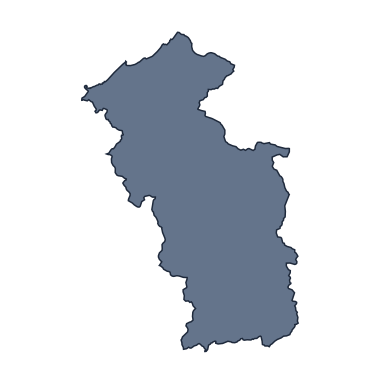 Huaral, Lima, Peru, rotated 96°
{"feature_id": "86281439B90412746256760", "entity_name": "Huaral", "entity_type": "district", "adm_level": 2, "iso_a3": "PER", "parent_name": "Peru", "parent_adm1": "Lima", "projection": "orthographic", "projection_center": [-76.946, -11.358], "detail": "fine", "context": "isolated", "style": "filled", "palette": "slate", "viewbox_px": 384, "rotation_deg": 96, "n_neighbors": 0, "source": "geoboundaries", "source_scale": "gbopen_adm2", "svg_char_len": 5963}
<svg xmlns="http://www.w3.org/2000/svg" viewBox="0 0 384 384"><g transform="rotate(96 192 192)"><path d="M349.3,184.0L348.4,181.0L346.7,179.1L347.4,177.6L347.2,176.4L344.8,173.7L343.9,171.5L342.3,169.8L342.0,169.0L342.7,167.6L344.1,166.0L344.6,164.4L346.6,163.0L347.1,161.9L348.0,161.8L348.8,162.7L349.3,162.5L349.0,161.3L347.1,160.0L342.5,159.5L341.4,157.9L340.2,157.3L339.8,156.1L338.9,155.4L337.9,153.5L338.1,152.7L339.9,152.6L340.4,150.2L339.4,145.7L336.7,140.7L337.0,137.4L337.5,136.4L337.4,133.7L336.4,131.5L335.1,130.5L334.5,129.1L332.9,128.2L332.4,126.6L333.7,125.6L333.9,124.5L333.2,121.7L333.0,117.9L331.9,116.6L332.1,115.6L331.2,114.6L330.8,112.2L328.8,110.3L328.2,108.9L328.5,108.2L332.9,106.7L336.3,106.0L336.8,104.0L337.5,103.4L337.2,100.4L337.8,99.0L335.6,97.9L334.7,96.6L331.7,94.1L329.8,91.8L327.7,88.0L325.8,85.9L325.2,82.9L323.6,79.8L321.7,79.3L320.0,78.2L318.7,78.0L315.6,75.9L314.2,75.5L313.1,75.9L312.6,74.3L311.3,72.7L309.4,73.7L305.6,73.6L302.2,75.2L300.6,74.7L299.1,76.3L295.9,77.0L294.5,78.0L292.1,76.4L290.8,76.4L290.1,77.6L290.0,80.5L289.4,81.2L281.5,79.5L278.8,82.3L277.9,85.9L276.5,86.7L274.6,86.0L272.9,84.2L272.3,84.1L271.9,85.1L269.3,85.8L268.6,85.7L268.0,85.1L267.0,85.2L266.4,85.5L265.1,87.1L262.2,85.9L259.9,86.0L259.1,88.0L256.3,90.1L255.5,90.5L252.9,90.7L252.4,87.2L253.3,82.1L252.6,80.9L251.9,80.4L250.3,80.4L248.4,81.8L246.8,81.3L244.8,80.0L242.0,82.0L241.1,83.5L238.7,83.8L238.0,86.3L236.9,87.7L236.2,91.8L235.0,94.4L233.4,94.8L233.3,95.9L232.6,96.6L228.6,98.1L227.9,98.9L227.7,102.1L224.0,103.9L220.8,103.9L219.0,100.7L217.1,100.7L215.9,99.4L214.2,99.0L212.5,99.3L210.3,98.0L208.9,98.2L207.1,96.8L201.5,97.1L196.1,98.3L184.2,95.0L183.7,95.8L182.3,96.4L181.2,98.1L178.0,100.1L173.9,101.5L172.0,102.7L169.8,103.0L168.6,103.8L167.4,104.9L166.7,106.4L161.5,110.0L160.7,112.8L158.5,114.6L157.7,114.8L154.2,113.8L152.0,115.5L148.9,115.9L146.2,111.3L145.4,108.6L147.5,105.0L147.0,101.1L141.9,99.4L138.7,99.7L138.5,100.1L139.0,103.7L137.8,112.2L136.5,114.2L136.1,119.0L134.8,120.1L136.4,125.5L135.9,127.7L135.4,128.4L135.5,130.5L135.8,131.9L136.1,132.2L139.6,133.7L142.9,133.9L144.3,135.5L142.8,139.9L143.2,141.1L145.0,143.2L144.1,145.3L145.3,147.8L144.3,150.6L142.3,153.0L141.8,156.5L140.4,161.0L139.2,162.2L138.8,163.2L138.1,164.0L133.6,166.1L130.9,165.4L127.0,165.8L122.5,169.1L121.5,170.4L120.1,171.3L117.0,179.3L115.4,186.4L114.5,187.1L112.3,186.9L110.5,187.4L110.0,191.2L109.2,194.7L108.8,194.9L105.2,193.4L104.0,193.4L102.6,194.2L100.4,193.7L99.0,190.5L96.8,189.2L96.4,187.9L95.0,186.8L91.4,187.2L90.0,186.3L88.3,186.5L88.2,183.6L87.4,182.3L87.3,180.6L86.2,178.9L86.3,177.3L84.0,175.9L81.8,172.9L78.3,172.8L76.5,171.6L74.9,171.1L72.8,169.5L72.6,168.7L70.4,165.4L68.9,164.5L67.4,163.1L66.0,164.2L63.5,163.1L61.5,163.0L60.4,166.8L58.5,168.1L58.1,170.5L56.5,172.9L55.1,178.0L54.3,178.9L54.1,180.8L52.1,183.9L51.5,187.0L51.5,188.0L52.1,189.8L53.0,191.3L55.1,193.1L55.9,194.6L55.7,196.8L54.6,201.6L53.3,203.9L51.1,206.2L47.5,207.5L44.2,207.7L43.6,208.6L41.6,209.5L38.9,211.8L37.8,213.7L37.2,215.8L36.3,216.5L36.4,219.0L34.7,221.5L34.7,223.1L41.1,226.7L42.3,227.6L42.3,229.0L42.7,228.9L43.6,229.9L45.2,230.1L48.2,232.4L47.9,234.0L48.3,235.1L47.7,235.7L48.4,236.8L51.6,238.2L56.0,241.2L61.2,245.6L64.3,251.1L64.3,251.7L63.6,252.7L64.2,254.2L68.4,258.0L68.6,258.9L69.4,259.6L71.1,262.0L72.7,266.3L73.0,269.8L72.8,270.6L72.2,271.0L71.6,270.7L70.8,271.6L69.6,270.8L68.9,271.6L69.8,271.8L72.2,274.2L81.4,281.9L89.1,287.5L91.4,289.6L91.3,290.7L92.4,291.0L92.9,292.2L93.2,292.0L94.1,292.6L94.1,293.6L94.6,294.2L94.2,295.1L94.4,295.9L95.3,296.5L95.8,297.9L97.3,300.1L97.5,301.1L99.5,304.0L99.1,304.2L99.7,305.5L99.4,307.3L98.6,307.9L97.8,307.4L97.1,308.4L97.4,309.3L98.1,309.9L99.4,309.7L101.1,307.8L102.1,306.0L102.9,305.7L108.2,308.7L110.1,311.2L111.9,311.3L112.3,311.2L112.2,310.7L111.5,309.4L111.9,308.6L112.3,305.7L111.0,304.3L112.7,301.7L113.0,300.4L117.0,298.1L119.5,295.9L120.8,296.0L121.8,296.9L123.3,295.8L123.1,294.8L121.8,293.4L120.7,293.1L120.2,292.5L120.0,291.7L120.2,289.8L118.2,289.0L118.1,288.3L119.0,285.2L119.8,284.8L121.3,284.9L124.0,286.4L125.2,286.5L128.2,285.2L128.8,284.5L128.7,282.8L129.6,282.6L131.1,280.7L132.1,280.5L132.6,279.6L134.9,278.4L135.8,277.4L135.6,276.5L136.1,274.3L137.2,273.1L138.1,270.9L138.3,268.0L139.5,267.4L140.8,267.3L141.9,266.4L142.7,266.7L142.9,268.0L144.0,268.1L146.0,267.5L147.1,267.7L148.0,268.6L149.1,268.6L152.2,272.1L155.1,273.3L157.2,274.6L157.3,275.9L158.7,277.1L162.1,278.8L163.1,280.9L163.5,279.4L163.4,277.4L164.3,275.6L165.3,275.1L167.5,275.6L171.2,275.0L173.9,273.2L175.2,271.5L176.7,270.7L180.7,270.4L183.0,268.5L183.5,267.2L183.7,263.0L185.3,260.7L185.9,258.7L186.8,258.7L187.7,260.1L190.0,261.6L190.6,261.6L192.5,260.2L194.2,258.2L195.7,257.8L197.2,256.7L198.4,254.9L200.0,253.4L201.8,253.2L205.9,254.4L207.3,254.4L209.1,250.3L210.8,248.1L212.2,245.5L212.6,244.1L212.4,242.7L211.5,242.0L206.8,241.0L204.7,238.4L202.7,239.4L201.3,238.5L199.9,234.4L199.9,233.5L201.2,230.9L200.9,227.9L202.4,227.9L203.6,229.1L204.8,229.6L213.6,230.1L215.2,229.3L216.0,228.3L219.2,227.2L220.9,225.2L223.1,223.8L225.4,222.6L226.7,222.8L228.2,222.0L229.6,220.5L229.7,219.6L230.7,218.2L231.3,218.3L235.4,217.0L240.8,214.1L242.3,213.6L244.2,214.0L246.2,215.7L247.5,216.3L251.2,215.7L253.2,215.7L255.9,218.0L258.7,218.7L260.2,218.6L262.4,217.4L264.6,214.8L268.5,216.8L268.7,215.7L270.3,213.2L271.8,212.1L273.4,208.4L273.5,206.7L274.1,205.4L276.6,204.7L277.7,202.9L277.8,201.3L276.8,198.3L276.9,195.9L277.8,191.6L277.6,187.9L279.0,187.8L282.7,188.6L286.9,187.2L287.7,187.4L290.1,190.6L292.2,190.4L295.8,188.8L299.7,188.8L301.2,186.9L300.7,184.2L302.0,182.6L301.3,181.2L302.4,180.2L305.1,179.0L307.5,176.3L309.7,178.0L311.5,178.6L315.8,178.5L318.5,177.7L319.5,177.7L321.2,179.4L321.7,180.8L323.5,183.6L325.8,184.0L327.5,182.4L329.3,181.5L331.7,181.8L337.1,186.3L339.5,186.9L340.3,187.4L342.9,186.3L344.9,186.0L347.4,184.4L349.3,184.0Z" fill="#64748b" stroke="#1e293b" stroke-width="1.5"/></g></svg>